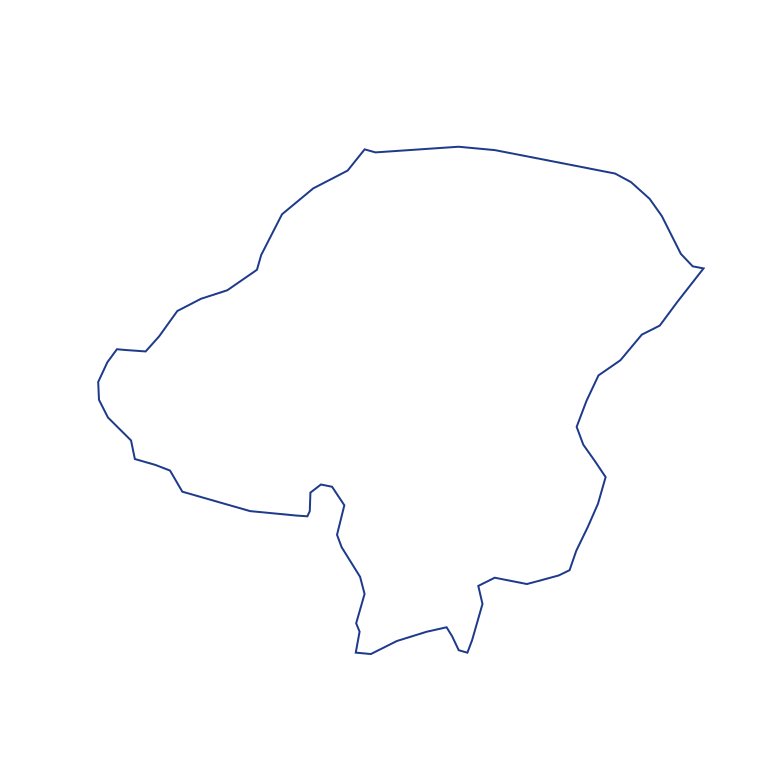 outline of Mavrovo and Rostusa, rotated 106°
{"feature_id": "MKD-2955", "entity_name": "Mavrovo and Rostusa", "entity_type": "Statistical Region", "adm_level": 1, "iso_a3": "MKD", "parent_name": "North Macedonia", "parent_adm1": "", "projection": "natural_earth1", "projection_center": [20.731, 41.637], "detail": "fine", "context": "isolated", "style": "outline", "palette": "blue", "viewbox_px": 768, "rotation_deg": 106, "n_neighbors": 0, "source": "natural_earth", "source_scale": "10m", "svg_char_len": 1114}
<svg xmlns="http://www.w3.org/2000/svg" viewBox="0 0 768 768"><g transform="rotate(106 384 384)"><path d="M163.8,467.3L163.7,456.0L135.4,377.8L128.6,341.8L118.0,219.9L121.9,202.1L132.8,179.7L145.9,163.3L177.1,134.5L185.8,119.7L184.8,108.7L224.3,124.7L251.8,135.0L265.5,149.8L296.0,163.3L316.6,180.2L344.3,184.7L372.1,187.0L387.4,175.7L400.0,160.0L412.4,145.3L440.2,145.3L465.3,148.7L491.2,153.2L511.8,154.3L519.9,163.3L536.9,191.5L539.7,224.2L552.1,237.7L568.3,228.7L584.4,228.7L605.9,228.7L619.3,229.8L619.3,238.8L607.7,249.0L600.6,256.8L610.5,274.9L627.5,300.8L647.2,322.2L650.0,337.1L628.8,339.2L621.7,344.8L603.7,344.8L591.2,344.8L576.0,353.8L552.6,379.7L541.9,387.6L511.5,388.7L497.1,405.6L498.0,416.9L508.7,424.8L526.7,420.3L532.3,421.2L534.6,431.9L543.1,477.7L543.1,509.4L543.1,527.0L543.1,548.2L526.2,565.8L524.8,581.6L524.8,602.8L508.0,611.6L492.3,640.1L477.8,653.6L460.8,659.3L439.3,655.9L424.2,650.3L422.5,641.5L418.4,622.1L400.2,613.3L370.8,602.8L352.5,583.4L337.1,560.5L309.2,537.6L293.8,537.6L248.9,528.8L215.4,505.9L188.9,477.8L163.8,467.3Z" fill="none" stroke="#1e3a8a" stroke-width="2"/></g></svg>